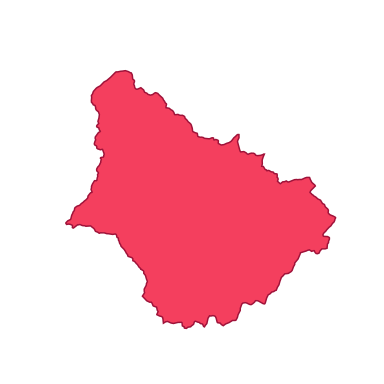 the district of Corongo, Áncash, Peru, rotated 73°
{"feature_id": "86281439B61855714757276", "entity_name": "Corongo", "entity_type": "district", "adm_level": 2, "iso_a3": "PER", "parent_name": "Peru", "parent_adm1": "Áncash", "projection": "robinson", "projection_center": [-77.904, -8.563], "detail": "fine", "context": "isolated", "style": "filled", "palette": "rose", "viewbox_px": 384, "rotation_deg": 73, "n_neighbors": 0, "source": "geoboundaries", "source_scale": "gbopen_adm2", "svg_char_len": 6034}
<svg xmlns="http://www.w3.org/2000/svg" viewBox="0 0 384 384"><g transform="rotate(73 192 192)"><path d="M309.1,257.7L308.4,255.1L308.7,253.1L311.1,250.4L312.3,248.2L312.6,243.6L313.5,240.3L313.8,239.9L314.3,239.8L317.2,240.4L318.7,238.9L319.7,239.1L320.1,238.8L320.8,237.2L320.1,235.4L320.5,232.7L319.9,231.7L319.0,229.2L317.0,227.8L316.6,227.1L316.6,226.5L318.3,224.3L318.8,223.2L320.0,222.6L320.5,222.1L321.0,221.0L321.5,220.5L324.0,220.2L324.6,219.5L323.4,218.2L322.2,216.3L317.4,213.6L316.2,212.2L315.5,211.4L316.1,210.3L316.3,208.2L317.1,206.7L317.9,206.1L319.5,205.8L323.6,206.0L324.4,205.8L325.7,203.3L327.3,202.7L329.0,201.2L328.0,198.4L327.7,194.6L326.7,190.9L327.5,188.0L327.4,187.4L325.3,185.3L322.8,183.8L319.4,180.5L317.3,179.8L314.6,177.8L313.4,176.7L313.1,175.8L313.4,173.4L314.2,172.1L316.0,170.2L316.7,169.2L317.0,168.3L316.6,166.7L315.6,164.4L314.5,163.1L315.0,161.4L315.7,160.3L319.5,156.7L320.2,155.5L320.1,155.0L319.4,154.3L315.2,151.6L312.6,149.2L312.1,146.9L311.0,145.1L311.1,142.9L310.6,141.5L310.6,140.2L308.0,138.1L306.2,136.0L303.2,134.1L299.8,131.5L298.6,129.1L297.4,127.4L298.0,123.7L297.1,120.5L296.3,119.2L293.0,116.7L291.4,115.0L289.9,114.5L287.0,110.1L282.5,106.4L281.9,106.2L281.8,105.8L281.8,100.0L281.6,98.9L281.6,96.7L283.7,95.0L283.7,92.5L283.9,92.2L284.9,92.2L286.4,91.7L287.1,91.3L287.7,90.1L287.6,88.4L285.6,86.6L284.4,84.3L285.3,81.3L285.3,79.3L281.4,77.7L280.4,76.3L278.8,75.7L277.5,74.5L276.1,74.0L275.7,74.0L274.3,75.3L272.9,79.0L272.3,79.4L271.0,79.2L269.8,78.0L268.5,75.4L267.6,74.3L265.8,71.2L265.0,69.1L263.0,66.7L262.5,65.4L261.8,64.6L260.7,63.7L260.1,63.5L258.7,62.2L258.1,62.3L256.5,63.8L254.2,66.6L252.8,67.5L251.8,67.8L251.1,67.7L250.0,67.1L249.2,66.9L247.9,67.2L245.1,68.9L242.7,69.0L241.1,70.6L237.4,71.5L235.4,73.7L233.0,75.1L231.3,76.7L229.9,77.4L229.5,78.0L228.5,78.3L227.2,79.2L226.8,79.3L225.4,78.0L222.3,72.3L221.3,72.5L217.9,74.6L214.6,75.2L212.5,75.3L212.3,75.6L211.6,78.0L211.6,79.8L212.1,83.5L211.4,85.8L211.1,87.5L210.7,88.1L210.2,90.3L210.7,96.6L210.1,97.8L209.1,98.4L209.0,98.8L209.2,100.5L208.8,102.3L209.9,105.0L209.6,105.4L206.7,107.1L204.8,105.8L203.4,105.9L202.8,106.3L201.2,105.7L199.8,105.4L199.5,105.5L198.5,107.8L198.1,108.1L197.0,108.3L196.6,108.7L195.8,110.4L194.1,111.9L193.6,112.9L193.6,114.1L192.5,114.5L191.8,115.5L188.5,116.3L187.8,117.8L185.6,116.5L182.8,115.8L181.6,115.3L179.3,113.7L176.9,111.7L176.7,112.4L177.0,113.6L177.0,115.6L176.4,118.7L175.5,120.3L173.7,120.9L172.9,121.9L172.2,123.9L172.1,125.9L172.4,127.3L171.8,128.0L170.2,128.9L168.5,130.6L167.9,133.7L167.6,133.9L166.0,134.1L157.3,133.8L156.2,133.3L153.9,131.2L150.8,130.3L150.4,131.3L150.6,132.4L151.6,134.2L152.4,136.1L154.8,139.4L155.6,142.0L155.6,144.7L156.0,147.5L155.6,150.3L153.3,152.6L152.3,152.4L150.8,151.8L150.0,152.1L148.7,153.9L148.8,155.1L148.5,155.8L146.6,155.7L146.0,156.9L146.2,159.9L144.3,164.4L143.1,165.4L142.3,166.9L142.0,168.2L141.0,169.7L140.4,170.2L137.7,169.8L137.2,170.0L136.5,171.3L134.5,173.5L133.8,173.6L131.1,173.1L127.8,173.1L126.7,173.3L125.2,174.1L124.0,175.0L121.2,176.0L119.7,177.0L117.7,177.0L117.0,177.5L115.9,178.6L115.3,180.6L114.6,181.8L113.7,182.7L113.3,184.9L113.0,185.8L112.8,186.0L110.5,186.1L108.4,186.8L107.6,187.7L105.2,189.4L103.8,192.2L102.5,191.8L100.6,190.7L100.2,190.7L98.7,191.6L97.3,191.7L95.9,192.3L93.7,192.6L89.3,195.2L87.7,195.9L86.4,197.7L86.4,198.7L87.3,201.2L87.2,203.5L85.6,205.7L84.4,206.2L82.7,208.2L80.3,208.4L77.3,210.4L77.7,214.1L77.6,214.8L77.3,215.3L76.0,216.1L75.1,216.2L73.6,216.0L72.0,216.2L70.7,215.6L69.8,214.8L68.7,214.5L68.0,214.7L67.0,215.5L66.2,215.6L62.6,214.9L60.4,215.2L60.0,216.0L58.3,217.6L56.5,220.2L56.0,223.5L55.7,224.7L55.4,227.9L55.0,229.3L55.0,229.9L58.5,236.4L60.5,241.0L61.0,243.9L63.6,248.6L64.3,252.0L64.8,253.3L67.0,256.9L69.3,258.6L70.3,260.0L72.2,260.3L75.4,261.6L77.0,261.9L77.9,261.3L79.8,260.9L80.9,259.5L82.9,259.4L83.5,259.7L85.2,259.7L86.3,259.2L87.8,258.1L90.8,257.9L94.1,259.4L96.9,261.3L99.2,261.2L100.5,263.5L101.3,264.0L102.1,263.9L103.5,262.4L105.3,262.5L107.1,261.9L107.4,262.2L107.8,264.1L111.1,268.4L112.3,268.9L114.0,268.9L115.1,269.9L117.0,271.2L117.9,271.4L118.8,271.1L120.0,269.9L120.5,269.8L122.2,270.2L123.1,269.7L124.8,267.3L124.9,266.7L124.9,265.5L125.1,265.1L129.3,264.9L130.4,265.0L131.2,265.7L132.1,266.0L132.6,266.4L132.6,267.4L132.4,268.7L132.5,269.4L132.9,269.7L133.9,269.3L134.6,269.4L135.8,270.2L136.9,270.6L139.6,273.1L140.6,274.9L142.0,276.3L142.8,276.7L143.9,276.9L146.0,275.9L146.5,275.9L147.8,277.3L149.4,277.5L150.6,278.4L153.0,279.6L153.2,280.3L152.7,281.7L152.8,282.1L155.2,284.8L157.1,286.4L158.6,286.9L160.1,287.8L162.5,287.6L163.1,287.8L163.1,289.2L163.9,290.5L165.5,292.7L166.6,293.1L167.3,293.6L168.4,295.5L169.2,297.7L170.0,299.1L170.7,301.3L171.9,303.4L171.9,305.9L172.7,308.4L173.5,309.1L175.2,309.9L176.4,311.6L177.5,312.3L179.0,313.8L182.4,315.8L182.8,316.4L183.2,319.1L183.6,319.9L184.5,321.5L185.3,321.8L186.4,321.3L186.5,319.7L187.2,318.1L188.4,316.6L189.4,316.1L190.9,316.8L191.3,316.7L191.8,315.9L189.9,310.9L190.2,310.4L190.2,309.2L190.6,308.3L191.8,307.0L192.4,306.0L192.7,304.8L193.7,303.5L194.8,298.8L196.6,297.7L198.0,296.6L199.1,296.2L201.4,295.8L203.0,293.8L204.2,292.9L204.4,292.4L204.2,291.7L205.5,287.7L206.9,285.8L207.5,284.1L209.4,280.2L209.7,277.7L210.4,277.0L211.3,276.8L213.1,277.0L213.7,276.8L214.5,275.9L216.5,276.4L217.6,276.1L219.9,276.2L221.6,275.7L223.2,275.7L227.0,273.7L229.4,273.0L231.7,272.6L233.1,271.9L234.0,272.1L234.9,271.9L237.1,268.8L237.8,268.4L238.6,268.1L240.1,268.6L240.5,268.6L241.3,267.5L242.9,266.6L244.0,266.3L245.4,265.4L248.4,264.6L250.0,263.6L250.9,263.6L251.3,262.9L251.7,262.8L253.1,261.5L254.1,261.4L255.7,261.9L258.2,260.9L262.1,261.0L264.1,260.8L264.8,261.0L266.2,262.3L267.8,263.0L270.9,266.1L273.0,266.7L274.5,266.8L277.1,269.9L282.8,267.1L285.0,264.7L285.5,263.1L286.8,262.7L289.2,262.5L289.7,262.3L291.8,259.5L294.8,259.8L296.5,259.4L298.6,261.3L299.0,261.5L301.1,259.3L302.1,257.6L303.2,256.8L305.0,256.9L309.1,257.7Z" fill="#f43f5e" stroke="#9f1239" stroke-width="1.5"/></g></svg>